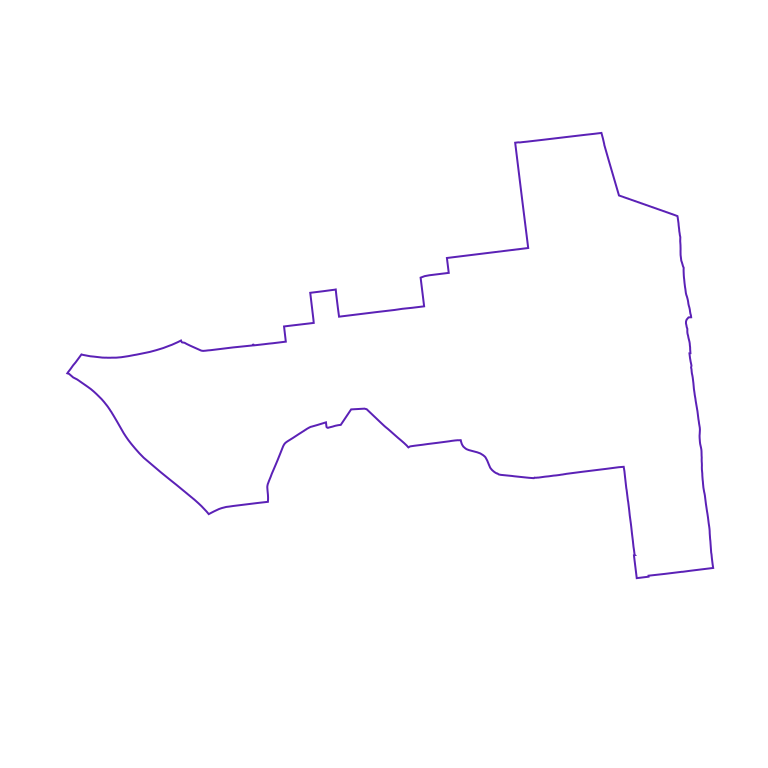 Cambridge, Western Australia, Australia, rotated 173°
{"feature_id": "25037944B66566842359979", "entity_name": "Cambridge", "entity_type": "district", "adm_level": 2, "iso_a3": "AUS", "parent_name": "Australia", "parent_adm1": "Western Australia", "projection": "orthographic", "projection_center": [115.789, -31.935], "detail": "fine", "context": "isolated", "style": "outline", "palette": "violet", "viewbox_px": 768, "rotation_deg": 173, "n_neighbors": 0, "source": "geoboundaries", "source_scale": "gbopen_adm2", "svg_char_len": 5980}
<svg xmlns="http://www.w3.org/2000/svg" viewBox="0 0 768 768"><g transform="rotate(173 384 384)"><path d="M79.7,161.3L79.8,165.2L79.8,171.2L79.7,175.0L79.8,176.9L79.7,178.8L79.6,180.8L79.5,182.7L79.4,184.7L79.2,188.5L79.2,190.4L79.1,192.3L78.9,196.2L78.7,198.3L78.6,200.4L78.6,202.4L78.7,206.2L78.7,212.1L78.8,216.1L78.9,218.1L79.1,225.9L79.1,227.9L79.1,229.8L79.1,231.9L79.1,234.2L79.2,236.1L79.4,238.1L79.5,240.2L79.6,242.2L79.5,246.2L79.4,248.2L79.4,250.2L79.2,254.3L79.0,256.4L78.9,260.3L78.7,262.4L78.4,264.4L78.2,266.4L78.1,268.5L77.9,270.4L77.6,272.3L77.5,274.2L77.1,278.1L77.0,280.0L77.1,282.0L77.3,284.0L77.5,286.0L77.5,288.0L77.4,289.9L77.3,292.0L77.1,294.2L76.7,296.2L76.0,300.2L75.9,302.2L76.0,304.4L76.1,306.4L76.1,308.6L76.2,310.7L76.2,312.7L76.2,314.6L76.2,316.8L76.2,318.8L76.3,320.7L76.4,323.0L76.5,324.9L76.6,327.2L76.7,329.2L76.7,331.3L76.8,333.3L76.9,335.4L76.9,337.4L77.0,341.3L76.8,347.2L76.8,351.0L76.8,352.9L76.9,354.9L77.1,356.9L77.1,358.8L77.0,361.1L77.2,362.9L76.6,364.7L76.7,366.6L76.9,368.5L77.0,370.5L77.1,372.4L77.1,377.2L76.1,377.2L75.9,381.1L75.7,383.1L75.7,385.1L75.6,387.1L75.7,388.9L76.2,392.9L76.3,394.9L76.6,396.8L76.6,398.7L76.2,401.8L76.6,403.6L76.7,405.5L76.9,407.4L76.6,409.3L75.8,411.0L73.6,413.0L71.0,412.8L71.0,414.7L71.3,416.5L71.4,418.5L71.4,420.6L71.6,422.7L71.9,424.5L72.1,426.4L72.1,428.2L72.2,430.1L72.4,432.0L72.7,433.9L73.1,435.7L73.3,437.6L73.3,441.6L73.4,443.6L73.4,445.6L73.4,447.6L73.3,451.4L73.3,453.3L73.2,455.3L72.9,459.1L72.7,461.0L72.4,462.8L72.9,464.6L73.2,466.6L73.5,468.4L73.9,470.2L73.9,474.0L73.9,475.9L73.5,479.7L73.2,481.7L73.0,483.7L72.8,485.7L72.6,489.6L72.0,493.7L72.2,495.7L72.2,497.6L72.3,499.7L72.2,501.7L72.2,503.8L72.2,505.7L72.1,507.6L72.2,513.7L72.3,514.9L75.0,516.3L127.8,542.5L133.8,579.2L136.2,594.4L136.2,595.4L136.8,601.1L137.6,606.7L138.2,606.7L139.8,606.7L140.9,606.7L145.3,606.7L152.8,606.8L171.6,606.9L196.8,607.0L210.6,607.1L211.4,607.1L212.1,607.1L216.9,607.2L219.8,607.2L221.3,607.5L224.4,607.5L224.4,590.6L224.4,567.2L224.4,561.0L224.4,556.0L224.4,551.2L224.3,501.4L257.4,501.4L306.2,501.4L306.2,489.0L306.2,486.4L323.6,486.4L325.7,486.4L330.5,486.1L334.7,485.1L334.7,482.9L334.7,477.1L334.7,469.0L334.7,466.7L334.7,456.2L346.7,456.2L356.6,456.4L360.4,456.3L364.4,456.2L382.1,456.3L401.2,456.3L420.4,456.3L420.5,464.9L420.5,468.9L420.5,473.4L420.5,477.8L420.4,483.7L421.7,483.6L424.1,483.6L433.1,483.5L440.3,483.5L440.5,483.5L446.1,483.5L446.1,482.0L446.2,456.4L446.3,453.2L449.3,453.2L450.9,453.2L469.1,453.3L472.3,453.3L476.2,453.3L476.3,438.0L480.2,438.0L489.5,438.0L493.4,438.1L498.4,438.1L508.3,438.2L508.4,438.4L508.4,438.6L508.5,438.8L508.8,439.0L509.0,439.0L509.3,439.0L509.5,438.9L509.7,438.6L509.8,438.5L509.8,438.3L510.4,438.3L529.5,438.7L545.4,438.7L552.1,438.7L554.4,438.8L556.9,438.8L559.5,438.9L561.3,439.4L564.8,441.5L571.6,445.6L575.0,447.8L576.9,449.2L577.8,449.5L579.0,449.8L579.6,450.1L580.0,451.2L580.2,451.9L583.5,450.7L590.0,448.7L591.4,448.4L598.7,446.6L606.1,445.3L612.4,444.4L615.9,444.1L623.5,443.5L626.1,443.3L628.4,443.2L634.3,442.8L641.5,442.6L647.0,442.8L655.3,443.8L660.2,444.5L668.9,446.6L672.1,447.3L679.3,449.6L680.7,450.2L687.5,443.0L690.3,440.4L693.4,437.0L696.0,434.4L697.0,433.2L695.3,432.4L691.7,428.4L688.0,425.9L678.5,417.4L675.6,414.7L673.0,411.9L670.7,409.2L666.2,403.5L664.1,400.4L661.0,395.3L659.2,391.8L659.0,391.3L658.8,390.9L658.0,389.4L657.8,388.9L656.0,384.9L653.6,379.4L648.4,367.0L646.6,363.3L644.7,359.7L642.4,355.8L641.2,353.9L638.8,350.2L635.3,345.1L631.5,340.1L616.2,323.5L608.2,315.2L603.2,310.1L602.5,309.4L589.6,295.8L586.0,292.0L582.5,288.0L582.1,287.5L580.1,285.1L575.6,279.0L573.8,276.2L572.0,276.9L568.2,278.3L563.0,280.0L560.2,280.6L555.6,281.2L552.6,281.2L548.3,281.3L545.0,281.3L541.5,281.3L530.8,281.3L523.5,281.3L513.6,281.2L513.2,283.3L512.9,285.5L512.7,288.2L512.6,292.0L512.5,294.3L512.4,295.9L512.3,296.4L512.2,296.9L511.6,298.7L510.8,300.2L510.1,301.6L507.9,305.5L506.3,308.6L503.6,313.2L501.0,317.7L499.0,321.2L495.3,327.9L491.7,334.5L490.5,336.2L490.2,336.5L489.8,336.9L489.0,337.6L488.0,338.2L486.9,338.8L482.2,341.0L481.3,341.4L474.2,344.9L472.9,345.5L465.9,348.9L464.0,349.7L462.0,350.4L461.0,350.5L455.3,351.4L446.3,353.0L446.3,348.4L446.1,348.1L445.5,347.5L444.9,347.3L444.2,347.5L440.1,348.0L437.9,348.4L437.1,348.5L434.6,348.7L431.9,348.7L422.4,359.7L420.4,362.0L419.7,362.8L410.9,362.2L406.2,361.9L405.7,361.6L404.3,361.1L391.3,345.3L388.7,342.2L387.7,341.1L385.4,338.7L379.1,331.6L376.7,328.9L373.9,325.9L371.3,323.0L368.9,320.1L367.9,318.6L367.5,318.1L365.9,318.8L365.2,318.9L360.8,319.0L353.0,319.0L347.7,319.1L342.7,319.1L339.5,319.1L338.9,319.1L338.3,319.1L326.0,319.2L323.9,319.3L320.2,319.3L317.6,319.2L316.3,319.0L314.7,318.9L314.6,318.4L314.6,317.6L314.4,316.8L314.2,315.4L313.7,313.9L312.9,312.2L311.3,310.4L310.1,309.3L307.9,308.1L299.7,304.8L296.8,303.3L294.2,301.2L292.8,299.7L292.2,298.8L290.9,295.5L289.7,291.1L289.2,289.4L289.0,288.6L288.5,287.4L287.2,285.4L285.4,283.4L285.2,283.3L284.6,282.7L283.9,282.1L283.5,281.9L283.0,281.5L282.6,281.4L282.4,281.4L281.7,280.8L281.2,280.3L279.2,279.6L277.9,279.3L268.5,277.2L265.8,276.5L254.5,273.9L251.4,273.2L247.4,272.4L246.6,272.3L246.1,272.7L245.6,272.6L244.8,272.5L244.1,272.4L243.4,272.4L242.3,272.3L240.5,272.3L235.6,272.4L231.7,272.3L226.7,272.4L224.6,272.3L221.4,272.3L219.4,272.4L218.5,272.4L217.5,272.4L216.1,272.5L214.9,272.5L214.1,272.6L213.1,272.6L197.8,272.7L192.3,272.7L183.8,272.7L173.9,272.7L161.4,272.8L161.1,272.8L156.2,272.6L156.0,268.1L156.1,262.2L156.1,261.2L156.2,252.4L156.2,250.8L156.1,249.3L156.1,243.4L156.1,238.4L156.0,237.6L156.0,236.8L156.0,236.0L156.0,229.0L156.1,223.5L156.0,215.8L156.0,212.3L156.1,205.0L156.1,204.1L156.1,202.5L156.1,197.9L156.2,192.2L156.1,188.5L156.1,184.4L156.0,183.7L155.9,183.6L156.8,183.5L156.8,182.5L156.8,160.5L148.4,160.5L145.6,160.5L144.9,160.5L144.8,161.5L128.7,161.3L114.3,161.3L111.5,161.3L110.5,161.2L103.2,161.3L79.7,161.3Z" fill="none" stroke="#5b21b6" stroke-width="2"/></g></svg>